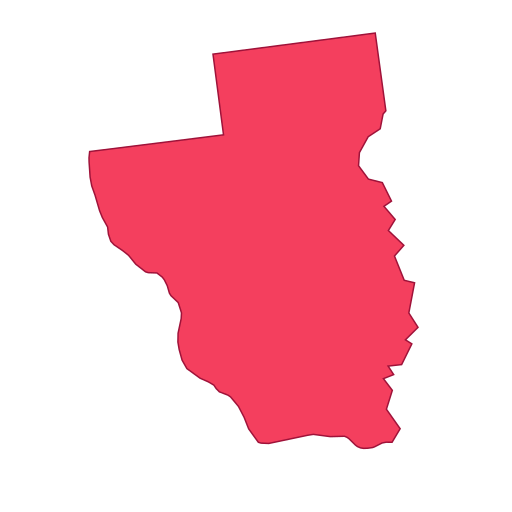 outline of Scott, Iowa, United States of America, rotated 82°
{"feature_id": "52423323B10100313584475", "entity_name": "Scott", "entity_type": "district", "adm_level": 2, "iso_a3": "USA", "parent_name": "United States of America", "parent_adm1": "Iowa", "projection": "orthographic", "projection_center": [-90.532, 41.613], "detail": "fine", "context": "isolated", "style": "filled", "palette": "rose", "viewbox_px": 512, "rotation_deg": 82, "n_neighbors": 0, "source": "geoboundaries", "source_scale": "gbopen_adm2", "svg_char_len": 1319}
<svg xmlns="http://www.w3.org/2000/svg" viewBox="0 0 512 512"><g transform="rotate(82 256 256)"><path d="M51.8,106.9L50.1,270.5L131.5,271.3L129.6,394.1L129.4,406.2L135.5,407.7L139.7,408.2L154.8,409.3L163.7,408.9L173.5,406.9L189.3,404.6L196.5,402.8L206.7,398.9L213.9,399.1L221.2,397.7L225.1,395.0L232.2,387.2L237.6,382.1L247.4,376.2L256.3,367.6L257.5,365.0L259.0,356.5L263.8,351.8L266.8,350.1L273.1,348.0L280.8,346.9L283.5,345.7L291.3,339.5L298.8,338.2L302.0,337.7L307.6,338.8L321.6,343.9L330.3,345.3L330.9,345.3L337.9,345.1L348.8,343.7L357.9,340.1L369.3,328.3L374.0,320.7L378.0,315.7L381.9,313.8L383.3,312.7L385.4,311.2L389.9,303.1L392.0,300.8L397.0,297.7L402.5,294.3L414.1,290.2L426.2,287.3L440.8,279.6L442.0,277.0L443.4,269.5L440.7,229.8L440.6,224.1L445.2,207.6L446.8,193.5L448.2,191.1L449.8,189.4L457.0,183.9L458.8,182.1L460.6,179.1L461.5,176.1L461.9,172.0L461.9,167.2L461.5,165.3L458.7,157.1L458.5,153.0L459.4,147.2L447.1,137.3L425.9,148.2L408.0,139.7L395.2,146.9L392.6,136.2L383.4,140.5L383.8,126.9L364.7,113.9L359.8,119.7L349.2,105.5L333.7,112.6L304.6,102.7L300.7,112.6L275.3,118.9L266.0,108.1L249.2,121.4L239.2,113.1L224.6,122.4L220.5,114.2L200.9,120.7L195.5,134.0L180.9,141.9L168.0,139.2L153.5,128.3L147.3,115.3L133.1,110.4L130.3,107.2L51.8,106.9Z" fill="#f43f5e" stroke="#9f1239" stroke-width="1.5"/></g></svg>